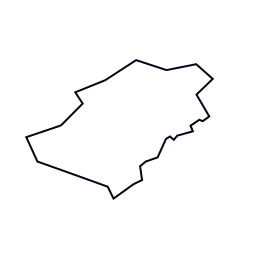 outline of Columbia, Pennsylvania, United States of America, rotated 247°
{"feature_id": "52423323B8238929782503", "entity_name": "Columbia", "entity_type": "district", "adm_level": 2, "iso_a3": "USA", "parent_name": "United States of America", "parent_adm1": "Pennsylvania", "projection": "mercator", "projection_center": [-76.441, 41.043], "detail": "fine", "context": "isolated", "style": "outline", "palette": "ink", "viewbox_px": 256, "rotation_deg": 247, "n_neighbors": 0, "source": "geoboundaries", "source_scale": "gbopen_adm2", "svg_char_len": 519}
<svg xmlns="http://www.w3.org/2000/svg" viewBox="0 0 256 256"><g transform="rotate(247 128 128)"><path d="M121.6,43.4L81.9,86.4L68.7,87.1L74.1,111.1L74.6,120.6L88.1,124.2L90.2,131.3L89.4,143.8L103.1,158.7L103.8,163.3L99.2,165.5L101.7,170.4L99.6,186.4L105.7,186.5L107.7,196.8L105.1,199.5L106.9,207.3L132.0,204.1L140.1,225.2L160.1,215.7L162.3,205.0L166.3,186.0L187.3,162.0L180.9,125.7L181.5,93.4L168.2,95.8L157.2,69.0L156.6,66.9L159.3,30.8L132.5,31.5L121.6,43.4Z" fill="none" stroke="#020617" stroke-width="2"/></g></svg>